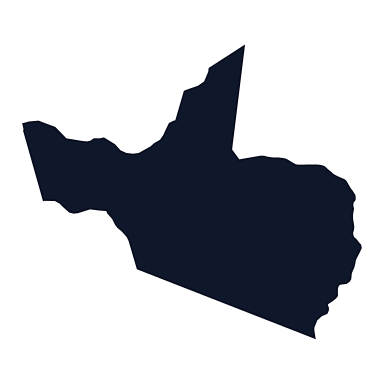 Tete Morne/Morne Andrew, Vieux Fort, Saint Lucia
{"feature_id": "8701671B63558668022840", "entity_name": "Tete Morne/Morne Andrew", "entity_type": "district", "adm_level": 2, "iso_a3": "LCA", "parent_name": "Saint Lucia", "parent_adm1": "Vieux Fort", "projection": "orthographic", "projection_center": [-60.952, 13.772], "detail": "fine", "context": "isolated", "style": "filled", "palette": "ink", "viewbox_px": 384, "rotation_deg": 0, "n_neighbors": 0, "source": "geoboundaries", "source_scale": "gbopen_adm2", "svg_char_len": 2275}
<svg xmlns="http://www.w3.org/2000/svg" viewBox="0 0 384 384"><path d="M43.5,200.3L44.0,200.1L55.2,200.3L59.7,202.8L60.0,202.9L63.2,206.2L69.6,211.9L73.8,212.9L77.9,212.4L88.4,209.1L90.0,208.6L97.3,209.5L99.5,209.8L106.8,210.3L107.9,213.1L109.1,214.4L112.8,218.5L113.7,220.4L115.7,224.4L118.1,227.5L121.3,230.1L122.2,230.8L123.6,232.4L127.4,236.7L129.3,240.7L137.5,268.7L206.1,295.5L314.8,338.0L314.7,337.7L313.5,330.0L313.7,327.1L316.7,319.8L321.6,315.4L325.5,313.9L327.0,313.0L328.2,310.0L328.1,307.6L327.0,304.9L327.3,303.9L329.0,302.6L332.0,300.8L335.4,298.0L337.2,295.8L337.1,292.8L337.2,288.0L338.3,285.2L340.3,283.9L346.4,283.2L349.1,281.2L350.5,278.9L351.1,273.0L353.8,266.7L354.8,262.3L355.0,260.4L355.9,258.2L359.0,252.3L361.0,248.0L360.4,244.9L359.0,243.6L355.7,239.3L353.6,237.7L352.7,235.5L352.3,233.0L353.2,229.8L353.5,227.2L352.9,222.3L352.3,218.9L352.3,214.6L352.7,211.4L353.3,209.1L352.6,205.7L352.6,204.5L352.7,202.6L354.7,200.0L355.0,198.2L354.7,195.4L351.8,190.8L350.3,189.0L348.6,186.1L346.0,181.6L344.8,180.4L344.1,179.8L343.8,179.7L340.0,178.1L337.3,176.9L335.4,175.9L333.7,175.0L332.3,174.0L331.0,172.7L329.9,171.7L328.1,170.3L326.9,169.3L325.6,168.0L324.6,167.1L323.9,166.7L322.9,166.3L320.2,165.6L316.7,165.3L313.3,165.3L306.9,165.3L304.4,165.4L298.4,165.4L296.9,165.3L295.4,164.9L294.1,164.3L292.6,163.4L290.6,162.2L288.3,160.8L286.4,159.7L284.8,159.1L282.3,158.7L278.1,158.2L275.4,158.2L273.5,158.2L271.6,158.1L269.2,157.7L267.4,157.4L265.7,157.0L263.9,156.5L262.3,156.5L261.0,156.5L260.2,156.5L239.0,160.2L231.3,149.7L244.1,46.0L209.4,68.4L209.2,69.9L209.0,71.9L204.7,82.1L201.7,84.1L198.2,86.5L189.2,89.6L186.7,90.5L184.5,91.4L182.2,99.3L175.9,121.0L174.4,121.3L173.8,121.4L173.4,121.6L169.5,123.6L166.7,129.4L163.9,135.5L160.5,140.4L154.4,143.9L151.0,147.0L146.2,149.7L139.0,153.7L133.0,154.5L126.1,153.7L125.3,153.3L120.1,151.0L114.5,144.8L103.8,138.2L100.3,139.0L99.9,139.1L93.9,139.1L90.9,141.3L90.1,141.5L87.1,142.2L81.9,141.7L72.0,140.0L67.2,139.3L66.0,139.1L62.6,135.5L54.9,127.6L51.6,126.4L45.4,124.1L41.5,122.6L38.5,121.4L28.7,122.3L26.1,123.1L23.0,123.9L23.4,125.1L23.6,126.1L23.7,126.7L23.9,127.5L24.2,129.2L24.3,129.5L24.4,130.6L24.3,131.3L24.0,131.2L40.1,188.1L43.5,200.3Z" fill="#0f172a" stroke="#020617" stroke-width="1.5"/></svg>